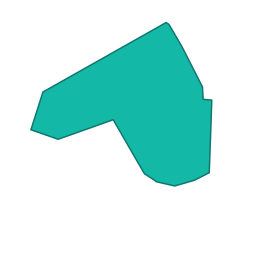 the district of Hillcrest Gardens, Castries, Saint Lucia, rotated 333°
{"feature_id": "8701671B99228851829724", "entity_name": "Hillcrest Gardens", "entity_type": "district", "adm_level": 2, "iso_a3": "LCA", "parent_name": "Saint Lucia", "parent_adm1": "Castries", "projection": "robinson", "projection_center": [-60.971, 14.011], "detail": "fine", "context": "isolated", "style": "filled", "palette": "teal", "viewbox_px": 256, "rotation_deg": 333, "n_neighbors": 0, "source": "geoboundaries", "source_scale": "gbopen_adm2", "svg_char_len": 484}
<svg xmlns="http://www.w3.org/2000/svg" viewBox="0 0 256 256"><g transform="rotate(333 128 128)"><path d="M213.0,109.8L213.0,79.8L211.5,54.2L209.8,51.3L208.7,51.4L208.0,51.4L68.6,57.3L40.7,85.5L60.6,106.3L85.7,109.6L118.6,113.9L120.9,158.7L121.9,176.3L127.7,186.2L128.3,187.3L128.7,188.6L135.0,193.9L143.4,200.9L158.2,203.7L163.3,204.7L180.1,204.7L202.9,163.7L215.3,141.2L209.5,137.5L208.0,136.6L213.0,125.2L213.0,109.8Z" fill="#14b8a6" stroke="#0f766e" stroke-width="1.5"/></g></svg>